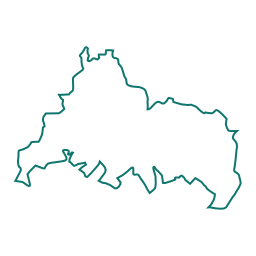 Thai Hoa, Nghệ An, Vietnam
{"feature_id": "81297802B32908759949092", "entity_name": "Thai Hoa", "entity_type": "district", "adm_level": 2, "iso_a3": "VNM", "parent_name": "Vietnam", "parent_adm1": "Nghệ An", "projection": "albers", "projection_center": [105.442, 19.294], "detail": "fine", "context": "isolated", "style": "outline", "palette": "teal", "viewbox_px": 256, "rotation_deg": 0, "n_neighbors": 0, "source": "geoboundaries", "source_scale": "gbopen_adm2", "svg_char_len": 5581}
<svg xmlns="http://www.w3.org/2000/svg" viewBox="0 0 256 256"><path d="M208.4,207.4L209.8,207.3L216.0,208.4L218.9,208.6L220.3,208.7L221.8,208.7L223.0,208.6L223.8,208.4L224.5,208.2L225.8,207.5L226.2,207.1L226.6,206.6L227.0,205.9L227.5,205.1L232.7,197.0L235.1,193.9L236.4,191.4L238.6,188.0L239.8,185.5L240.2,184.7L240.5,183.7L240.6,183.1L240.6,182.6L240.1,179.7L239.3,176.9L239.2,175.9L239.0,175.3L238.6,174.6L238.0,173.9L236.7,172.8L235.9,172.4L235.2,171.9L234.5,171.3L234.2,170.5L234.2,169.9L234.2,169.3L234.4,168.3L234.8,165.7L235.7,158.4L236.5,149.9L236.7,148.8L236.9,147.8L237.0,145.9L236.8,144.9L236.7,143.9L236.4,143.1L235.9,142.2L235.6,141.6L234.8,140.6L234.0,139.7L233.4,139.0L233.0,138.3L232.8,137.8L233.0,136.7L233.2,136.1L233.5,135.3L233.8,134.7L234.2,133.9L235.3,132.5L237.0,131.0L231.3,131.1L229.2,130.8L228.7,130.6L228.2,130.2L226.9,127.8L226.2,125.7L225.9,124.3L225.9,123.5L226.4,120.3L226.6,119.0L226.3,118.5L223.5,115.6L221.5,113.6L219.1,111.5L217.5,110.4L216.6,110.1L216.4,110.1L215.9,110.2L215.5,110.5L213.5,112.4L212.7,112.9L211.9,113.2L211.5,113.3L206.9,112.8L205.6,112.4L205.1,112.6L204.7,113.1L204.4,113.2L204.2,113.2L202.7,112.6L200.2,110.6L197.9,108.4L197.1,107.6L195.8,106.6L195.0,106.2L193.2,105.5L191.0,104.7L187.8,105.0L181.3,104.3L177.9,103.3L173.5,102.0L172.9,99.1L171.3,98.4L169.4,98.1L168.5,98.0L166.3,101.4L164.2,103.3L163.3,103.5L162.7,103.6L161.5,103.0L159.0,101.9L157.6,101.9L157.0,102.1L155.3,103.1L150.9,107.8L149.0,109.1L147.6,109.4L147.7,106.6L147.7,104.7L147.6,103.2L147.5,102.6L147.7,99.5L147.7,97.7L147.3,96.4L146.6,94.1L145.5,90.8L145.2,90.2L144.8,89.7L144.4,89.4L143.3,88.6L140.7,87.5L138.9,87.1L137.1,86.9L136.0,86.8L133.5,86.6L131.4,86.3L130.1,85.9L128.6,85.4L127.7,84.8L127.2,84.3L127.0,84.0L126.7,83.6L126.4,81.3L126.1,79.4L125.8,78.7L125.6,78.3L124.2,76.0L123.6,73.8L123.6,73.7L122.6,70.4L121.6,67.6L120.8,66.3L119.9,65.2L118.8,64.0L118.5,63.1L118.1,59.6L117.8,59.1L116.9,58.6L116.2,58.2L114.6,58.1L114.0,57.8L113.5,57.5L113.2,57.1L112.9,56.8L112.6,56.1L112.4,54.1L112.5,52.9L113.1,50.5L111.2,50.3L108.3,50.2L106.3,50.2L105.9,51.7L105.7,54.0L105.2,54.5L104.3,54.6L103.4,54.6L98.8,54.5L98.7,54.8L98.9,56.4L99.2,57.5L98.9,58.1L98.4,58.7L97.7,59.4L97.1,59.4L96.3,59.1L95.1,58.6L94.2,58.4L93.2,58.5L92.7,58.7L92.3,59.1L91.1,60.3L90.6,60.6L90.1,60.9L88.8,61.1L88.2,60.9L87.7,60.4L87.7,59.8L88.0,58.8L87.9,58.2L88.2,57.6L88.7,56.6L88.8,55.6L88.5,54.7L87.7,53.3L87.6,52.2L87.4,50.6L87.7,49.8L87.9,49.3L87.9,48.7L87.4,47.9L86.6,47.3L85.8,47.3L85.3,47.5L84.0,49.8L82.8,51.9L79.9,55.3L80.0,56.1L81.1,57.5L81.2,57.9L81.5,58.9L81.5,61.8L82.0,65.3L83.2,68.6L83.2,69.0L82.8,69.7L80.8,71.3L77.9,73.4L76.3,74.6L74.2,76.5L73.5,77.2L73.1,77.9L72.9,78.8L73.1,84.6L73.2,88.1L73.1,89.0L73.0,89.7L72.8,90.3L72.3,91.1L71.6,91.7L71.0,92.1L70.2,92.7L69.0,94.4L67.4,94.5L61.5,94.8L59.0,94.8L61.0,98.0L61.8,99.1L62.5,99.6L63.0,99.8L63.1,100.3L62.4,104.0L62.6,104.7L62.8,105.5L63.4,106.7L64.3,108.9L61.5,111.5L59.2,113.1L58.4,113.4L57.4,113.3L52.0,113.4L45.8,113.5L43.6,116.6L43.2,117.9L43.0,119.5L43.1,120.9L44.3,124.5L44.5,126.4L43.0,127.5L42.3,133.3L41.5,135.9L39.6,140.1L38.5,141.8L35.1,141.8L31.7,142.1L31.2,142.3L30.8,143.4L29.9,144.5L28.8,146.0L27.7,147.1L26.6,147.7L25.3,148.3L23.5,149.2L21.6,149.8L20.3,150.1L18.9,150.7L18.5,152.4L18.5,153.9L18.5,155.8L18.4,157.8L18.1,159.7L18.0,160.9L18.1,163.0L18.4,165.2L18.9,166.6L20.3,167.8L20.9,169.1L20.6,170.8L19.9,172.2L15.4,180.9L17.3,181.2L20.5,181.7L22.1,181.9L23.3,182.5L26.0,184.4L27.5,185.5L28.7,186.0L29.9,185.6L29.9,184.7L29.8,183.7L29.6,182.9L27.5,174.2L30.0,171.1L35.4,165.6L43.3,168.4L44.7,168.3L45.2,167.0L45.8,166.0L46.7,164.9L47.5,164.1L48.1,163.6L50.5,162.9L61.3,161.4L63.8,160.9L65.3,160.5L66.3,159.5L66.5,158.6L66.3,157.5L66.0,156.6L65.5,155.6L63.2,151.7L63.1,151.0L63.1,150.6L63.3,150.2L64.7,149.9L67.1,150.1L68.1,150.4L68.6,150.8L68.8,151.6L68.2,153.4L68.0,154.0L68.1,154.3L68.8,154.7L69.2,154.7L71.6,152.8L72.0,152.4L72.9,152.7L71.6,154.7L70.3,157.3L69.5,159.4L69.3,161.7L70.4,162.2L73.3,165.3L73.9,165.7L74.4,165.8L75.7,165.3L78.3,164.0L85.1,162.7L85.9,164.6L82.0,167.3L79.4,169.7L82.3,171.5L83.4,172.5L84.2,173.1L85.0,175.4L85.2,176.0L85.4,176.4L86.1,176.7L87.3,176.9L90.8,173.5L97.3,166.1L99.0,163.9L99.8,161.5L102.8,164.8L104.6,167.0L105.2,168.2L105.4,168.9L105.6,169.9L105.6,170.6L105.4,171.5L105.1,172.1L104.5,173.3L102.8,175.6L99.4,180.1L98.7,180.8L102.6,182.8L105.3,183.1L109.9,184.9L113.0,187.1L114.6,188.1L115.6,188.3L115.9,188.3L116.2,188.4L117.1,188.1L117.9,187.4L118.7,186.8L119.5,185.6L119.9,184.8L120.1,184.4L120.5,184.1L120.4,183.0L120.6,182.5L117.3,178.1L122.6,175.2L127.0,171.8L130.6,168.5L132.3,167.5L132.9,167.7L133.3,168.2L133.3,174.0L133.5,174.3L133.8,174.5L134.3,174.7L135.8,174.6L136.6,174.4L137.8,174.6L138.5,175.0L140.8,178.7L143.6,182.7L145.1,185.0L147.0,188.6L147.4,189.4L148.1,190.6L149.7,193.0L152.8,190.5L154.3,189.0L155.2,187.9L155.4,186.6L155.7,184.2L155.6,177.7L155.4,175.8L153.5,169.5L153.4,168.6L153.3,167.8L153.4,167.3L153.7,166.9L154.1,166.8L154.6,167.1L155.7,169.0L156.6,170.1L158.0,171.1L161.7,175.1L162.1,176.1L162.3,177.8L163.0,182.9L164.6,183.0L165.3,183.0L166.1,182.7L171.0,181.2L173.1,180.4L175.2,179.6L174.9,178.5L175.1,177.9L175.7,177.5L176.4,177.5L177.9,177.5L179.0,177.5L179.6,177.2L179.8,176.6L180.4,176.2L180.8,175.9L181.5,175.7L181.9,175.7L182.3,175.9L182.9,176.7L184.1,177.6L185.3,179.9L190.1,183.8L193.3,180.3L195.4,178.1L201.5,182.0L204.2,185.3L205.9,186.8L207.1,188.8L209.6,190.8L213.0,193.1L214.9,194.2L214.9,195.1L214.7,196.1L214.1,199.0L212.4,202.4L211.0,204.7L208.4,207.4Z" fill="none" stroke="#0f766e" stroke-width="2"/></svg>